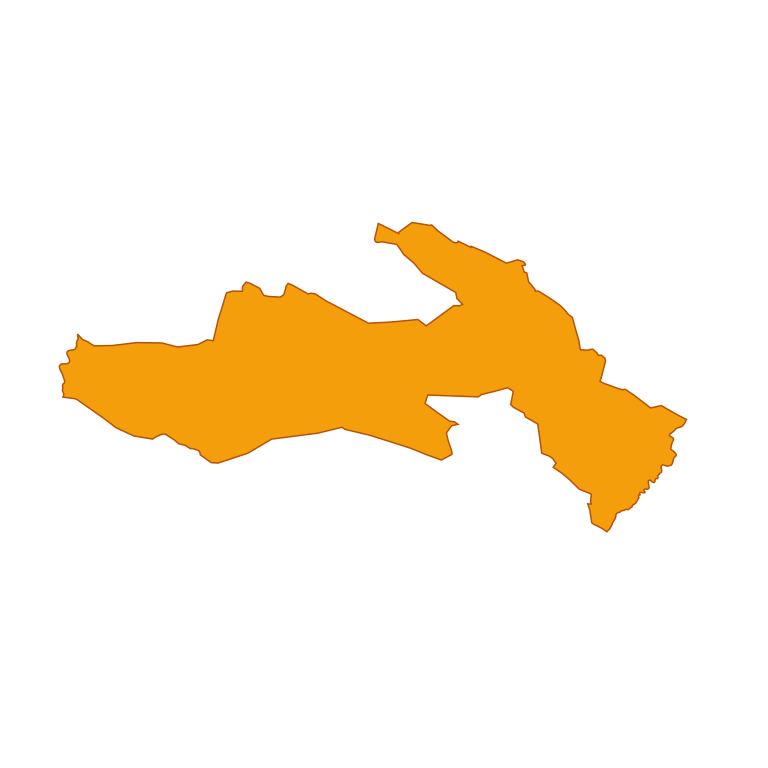 outline of Al Mahwit, Al Mahwit, Yemen, rotated 121°
{"feature_id": "15242507B12276215757938", "entity_name": "Al Mahwit", "entity_type": "district", "adm_level": 2, "iso_a3": "YEM", "parent_name": "Yemen", "parent_adm1": "Al Mahwit", "projection": "equal_earth", "projection_center": [43.551, 15.411], "detail": "fine", "context": "isolated", "style": "filled", "palette": "amber", "viewbox_px": 768, "rotation_deg": 121, "n_neighbors": 0, "source": "geoboundaries", "source_scale": "gbopen_adm2", "svg_char_len": 5619}
<svg xmlns="http://www.w3.org/2000/svg" viewBox="0 0 768 768"><g transform="rotate(121 384 384)"><path d="M258.6,106.5L258.7,107.0L258.7,107.7L258.9,109.8L259.4,117.8L259.7,135.2L267.2,143.1L264.9,163.4L264.3,174.3L266.3,177.2L267.3,181.0L269.7,193.4L270.2,195.6L270.4,200.3L267.4,200.8L251.5,205.6L250.0,206.1L248.8,207.2L248.0,208.0L247.4,212.5L248.9,214.8L248.3,216.5L247.7,217.4L246.7,223.0L248.4,225.4L249.9,226.3L253.5,233.4L246.3,239.5L238.2,248.2L232.4,254.2L229.9,256.9L229.9,257.2L229.2,262.9L228.1,265.0L226.1,272.8L225.4,279.7L225.0,288.9L224.8,299.4L226.4,302.2L225.0,303.5L222.5,311.0L222.0,312.6L215.2,318.9L215.8,321.5L211.4,326.6L209.7,324.3L208.5,324.3L207.4,327.4L208.6,333.1L208.8,333.5L217.4,341.3L218.9,364.9L221.1,380.3L222.2,379.9L223.3,394.0L225.0,393.7L226.3,395.8L226.8,398.4L226.1,404.6L225.5,410.5L225.1,416.0L223.1,425.1L223.3,425.3L224.4,426.4L231.1,443.1L246.2,449.5L247.5,448.9L249.3,471.6L263.3,467.1L265.1,466.3L266.3,464.8L266.3,463.2L265.7,462.1L262.9,458.8L262.6,457.4L257.8,445.2L258.0,444.5L258.2,443.8L262.9,433.4L264.9,420.8L269.3,408.0L268.6,369.6L273.3,365.4L273.5,363.9L275.3,357.7L275.7,358.0L277.9,359.4L281.0,364.6L312.4,377.7L311.3,388.2L327.7,410.5L339.9,428.6L342.6,476.0L342.2,489.6L343.0,491.6L343.5,492.6L343.8,493.4L345.9,495.3L346.4,513.1L347.1,518.0L350.9,518.2L354.4,517.0L359.0,515.9L362.9,517.6L368.5,528.2L370.0,532.9L366.0,539.8L366.7,550.9L367.7,554.7L373.0,555.5L377.5,553.2L382.1,561.3L386.6,565.7L387.9,565.8L393.8,564.3L397.9,563.3L414.5,559.2L434.8,552.6L437.2,558.3L446.0,563.8L458.6,580.0L463.3,595.7L475.9,617.3L490.8,636.5L500.6,652.1L500.6,655.2L500.6,656.4L500.3,659.4L501.1,665.2L499.2,671.9L499.5,672.1L500.0,671.8L501.3,670.9L502.1,669.5L503.7,669.6L505.7,669.2L508.2,668.2L510.1,666.6L510.5,667.0L511.9,666.8L513.4,666.7L514.6,667.8L515.7,669.2L516.9,670.5L518.2,671.9L519.7,672.1L521.1,671.6L522.2,670.4L523.3,668.9L524.1,667.4L525.6,665.8L526.9,664.9L527.3,665.0L528.4,665.3L529.8,666.2L531.1,667.9L532.1,669.6L533.2,671.1L534.7,671.4L536.1,671.4L537.5,670.3L538.7,668.7L539.7,667.3L540.5,665.7L541.9,663.8L543.1,662.5L544.3,661.3L545.2,659.9L546.5,658.8L548.0,658.6L549.6,659.2L551.2,658.6L552.7,657.3L554.3,656.8L555.6,655.9L556.9,653.8L558.8,652.7L560.1,652.6L560.6,652.5L558.5,647.6L555.8,641.4L555.6,640.5L555.4,639.8L557.7,607.2L557.9,605.3L559.5,591.2L557.4,571.8L557.4,571.6L550.4,554.0L546.4,552.1L541.5,548.5L539.6,546.0L539.9,534.9L540.8,530.0L541.0,529.5L539.2,523.4L539.0,522.7L539.1,516.4L538.2,515.5L536.7,510.2L536.8,507.6L537.6,506.4L539.3,505.1L539.8,499.0L540.4,491.6L537.2,485.5L513.5,465.1L489.1,451.9L464.8,421.2L460.5,415.7L445.0,400.0L442.8,397.8L442.9,393.8L435.3,370.0L427.6,337.8L425.2,327.3L422.6,310.7L419.6,295.7L409.5,289.6L407.9,290.2L405.2,293.1L399.3,300.0L393.8,305.3L385.6,304.6L385.1,304.6L382.6,302.0L380.4,299.8L380.1,304.3L382.1,308.7L380.9,323.9L379.6,338.7L371.0,340.9L346.5,296.6L342.7,294.9L334.2,286.3L323.5,276.0L323.7,269.4L336.4,264.8L337.3,261.0L336.8,248.9L339.4,245.8L339.1,231.6L362.1,213.1L360.7,205.1L361.0,200.9L363.3,195.7L368.3,196.1L368.7,188.0L369.0,184.2L370.4,175.9L373.6,162.5L371.6,149.7L378.5,146.2L380.2,144.5L381.8,147.6L386.5,142.2L389.7,139.7L395.9,134.5L395.9,134.3L396.3,131.6L395.8,128.1L395.6,124.2L395.6,119.9L395.9,116.9L393.7,116.3L391.7,115.9L391.4,115.9L390.2,116.0L388.5,116.0L386.7,116.3L386.4,116.2L385.7,116.5L383.8,116.6L382.5,116.6L381.5,116.5L380.9,116.5L379.9,116.6L379.1,116.9L378.1,117.1L377.4,117.5L376.1,117.9L375.3,118.0L375.2,118.0L374.5,117.7L373.7,117.0L372.8,116.1L372.4,115.7L371.6,115.7L371.1,115.6L370.5,115.0L369.9,114.5L369.1,113.7L368.4,113.0L367.7,112.5L367.0,112.3L366.6,111.7L366.3,110.7L365.9,110.1L365.2,109.5L364.5,109.4L364.2,109.3L363.7,109.3L362.9,108.8L362.3,108.3L361.7,108.2L361.1,108.2L360.6,108.5L359.9,108.5L359.2,108.2L358.4,107.7L357.7,107.4L357.1,107.1L356.8,106.9L355.9,106.9L355.0,106.9L353.9,106.8L352.5,106.9L351.3,106.9L350.3,106.9L349.8,107.1L349.3,107.9L348.8,108.3L348.4,108.4L348.1,108.5L347.7,108.0L347.5,107.7L347.1,107.4L346.7,108.0L346.2,108.4L345.6,108.6L345.0,108.6L344.6,108.0L344.4,107.4L343.8,106.1L343.4,105.1L342.9,104.5L342.5,104.5L341.9,105.1L341.7,105.8L341.5,106.3L341.1,106.7L340.6,106.7L340.0,106.5L339.5,105.9L339.4,105.8L339.1,105.3L338.9,104.7L338.5,104.1L338.1,103.7L337.6,103.4L336.7,103.3L336.0,103.6L333.8,105.4L332.8,106.3L332.0,106.8L331.1,107.4L330.5,107.4L329.5,106.9L329.4,106.2L329.5,105.1L329.7,104.0L329.7,102.9L329.5,102.1L329.1,101.5L328.5,101.5L327.5,101.8L326.6,102.2L325.6,102.4L325.1,102.1L324.6,101.2L324.0,100.9L323.2,100.8L322.6,101.4L321.8,102.0L321.2,102.1L320.8,102.1L320.3,102.1L319.7,101.5L319.0,101.5L318.3,101.5L317.6,101.1L317.0,100.9L316.4,100.9L315.2,101.3L314.0,102.3L313.3,103.0L312.7,103.7L311.8,103.9L310.8,104.0L309.7,103.7L309.4,102.6L309.2,101.3L308.9,100.2L308.7,99.6L308.6,99.1L308.4,98.8L308.0,98.5L307.9,98.5L307.7,98.0L306.9,97.2L306.0,96.2L305.1,95.9L304.4,95.9L303.6,95.9L302.7,96.2L302.1,96.4L300.1,96.9L297.9,97.4L297.5,97.4L297.1,97.3L296.1,96.8L295.0,96.8L294.3,96.8L293.8,97.4L293.4,98.3L293.0,99.2L292.9,99.9L292.6,100.8L292.5,102.0L292.4,103.0L292.2,104.3L291.8,105.0L291.0,105.1L289.6,105.7L288.8,106.1L287.9,106.2L287.0,106.5L285.3,106.9L285.0,106.9L284.1,107.0L283.1,107.0L282.3,107.3L281.7,108.0L281.3,108.8L281.3,109.6L281.4,111.1L281.3,112.3L280.8,113.1L280.1,113.1L279.5,113.3L278.9,113.0L278.4,112.5L277.4,112.1L274.7,111.3L272.4,110.8L270.8,110.1L269.4,108.8L267.9,107.4L266.0,106.5L264.5,106.2L263.2,106.2L262.0,106.1L260.9,106.3L260.0,106.4L259.3,106.5L258.6,106.5Z" fill="#f59e0b" stroke="#b45309" stroke-width="1.5"/></g></svg>